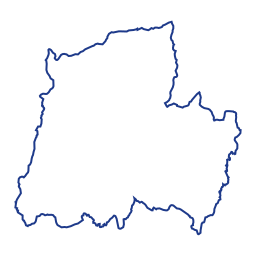 outline of Ankazoabo, Atsimo-Andrefana, Madagascar
{"feature_id": "10022922B67140219559440", "entity_name": "Ankazoabo", "entity_type": "district", "adm_level": 2, "iso_a3": "MDG", "parent_name": "Madagascar", "parent_adm1": "Atsimo-Andrefana", "projection": "equal_earth", "projection_center": [44.688, -22.132], "detail": "fine", "context": "isolated", "style": "outline", "palette": "blue", "viewbox_px": 256, "rotation_deg": 0, "n_neighbors": 0, "source": "geoboundaries", "source_scale": "gbopen_adm2", "svg_char_len": 5813}
<svg xmlns="http://www.w3.org/2000/svg" viewBox="0 0 256 256"><path d="M233.3,111.5L228.7,111.1L226.2,111.2L225.4,111.7L224.9,112.9L224.4,116.6L223.5,118.8L223.4,119.8L219.5,120.2L217.3,119.7L215.7,119.8L214.8,120.4L214.2,120.5L213.7,119.5L213.9,117.5L213.5,116.3L212.4,114.4L211.7,112.1L209.7,109.7L208.2,108.9L204.3,108.1L201.8,106.7L199.8,104.8L199.7,103.8L200.3,101.9L200.2,100.3L200.8,97.5L200.3,95.4L199.6,93.9L199.7,92.9L199.3,92.3L197.0,94.1L192.1,99.8L191.1,101.5L189.6,101.9L188.7,104.8L187.9,105.6L183.6,106.8L182.7,107.6L177.0,105.9L177.0,104.9L173.8,103.5L171.7,104.6L169.1,105.3L167.4,106.8L166.9,106.6L165.0,103.1L167.1,102.0L169.1,100.2L169.7,98.7L170.2,98.0L170.7,95.3L170.3,93.6L170.4,92.0L172.8,87.3L173.5,84.7L173.6,82.4L173.3,80.1L173.7,78.5L174.4,77.2L176.3,76.9L176.8,76.5L177.2,75.7L177.1,74.7L175.6,70.8L177.1,67.7L177.4,65.6L177.3,65.0L176.0,62.6L176.7,59.9L175.6,58.9L174.9,56.1L174.7,53.8L175.7,51.0L174.2,50.5L173.1,49.2L173.0,47.5L173.3,46.4L173.2,45.9L174.1,44.5L173.1,43.6L172.6,41.0L171.4,39.9L170.8,37.8L171.4,35.0L172.6,32.0L172.6,30.4L173.3,28.5L173.3,25.9L172.1,23.7L171.6,21.8L168.8,22.6L165.2,24.6L162.9,25.5L162.0,26.9L160.9,27.4L158.8,28.0L157.0,27.6L155.0,27.6L153.2,28.8L151.4,28.1L149.8,29.4L148.3,30.2L143.7,29.1L141.8,27.9L137.5,29.9L137.3,28.7L136.3,29.3L133.6,30.0L128.9,30.4L126.8,31.5L119.0,31.3L113.2,32.5L111.6,32.2L109.0,33.8L107.4,36.7L107.3,38.2L106.1,39.6L105.5,41.1L102.6,44.3L98.9,44.0L97.8,43.6L95.5,44.2L93.6,45.8L92.8,45.9L85.2,49.3L82.9,51.2L80.6,52.0L78.0,54.4L75.3,54.2L71.2,55.8L68.6,56.0L66.6,54.4L64.2,53.9L62.6,54.1L61.1,54.9L58.2,59.2L57.1,60.0L56.2,59.9L54.8,58.4L54.8,57.7L55.5,56.3L55.0,54.1L52.9,52.7L51.1,50.1L49.7,49.2L49.0,49.2L48.4,49.9L48.8,53.2L48.5,54.8L47.1,58.3L45.7,60.1L46.3,60.8L46.7,63.8L46.4,69.9L47.3,72.8L49.6,76.0L50.6,78.4L53.3,80.2L53.5,86.1L53.0,87.5L51.9,88.6L50.5,89.4L48.8,92.2L47.2,93.7L46.1,94.0L43.0,93.7L41.0,94.6L39.9,95.9L40.1,96.7L43.3,99.1L42.1,102.8L42.3,103.9L42.0,105.6L42.2,106.1L43.0,106.1L43.5,107.7L44.1,108.0L44.2,108.5L44.0,109.5L42.1,112.3L42.1,112.7L42.6,113.5L42.6,114.2L41.4,115.5L41.5,116.7L40.9,117.6L41.0,118.3L41.7,119.2L41.4,123.6L40.4,126.5L38.1,126.5L36.0,130.2L37.1,130.7L37.4,131.2L37.6,134.6L36.9,135.1L36.8,135.6L36.5,135.9L36.6,136.8L36.0,137.5L34.3,142.0L34.5,148.9L33.6,151.8L33.0,155.0L32.3,156.4L31.7,158.6L31.1,162.3L30.0,164.6L28.6,165.6L28.4,170.9L28.0,172.4L26.5,174.1L25.0,176.3L24.2,176.7L24.0,177.3L23.6,177.4L22.8,176.8L22.0,176.6L20.0,177.3L18.8,178.8L18.4,182.5L19.5,184.3L18.9,185.2L19.1,185.9L18.8,186.6L20.3,189.1L20.9,193.2L17.1,199.3L16.4,200.9L16.2,202.1L15.6,202.1L15.7,202.9L16.0,203.1L15.4,207.5L17.1,208.2L16.7,209.3L17.3,210.4L18.1,210.5L18.1,211.0L17.6,211.5L17.9,212.4L22.6,215.4L22.6,219.4L23.6,220.7L24.1,220.7L24.7,222.2L25.2,222.8L26.0,225.3L27.8,226.1L28.2,225.4L30.5,224.9L31.9,223.8L34.1,223.4L35.3,222.1L35.8,221.1L36.8,216.5L39.6,216.0L40.9,214.4L42.1,214.0L43.7,214.4L44.8,215.2L45.6,215.2L47.6,214.5L48.2,214.9L51.6,214.8L53.2,215.2L54.4,216.8L55.3,217.3L56.1,222.0L56.7,223.6L57.6,225.1L61.5,227.3L64.6,227.0L66.7,227.3L70.8,226.2L74.7,224.4L78.0,223.5L82.9,220.0L81.8,217.2L81.8,216.3L82.3,215.7L83.4,215.4L83.5,214.0L84.0,213.4L84.6,213.4L85.6,213.7L87.0,215.7L87.6,215.5L87.9,214.8L88.6,214.8L89.7,217.0L91.3,217.3L92.8,219.1L93.5,219.5L93.9,220.3L93.2,221.7L93.3,222.9L94.3,222.9L95.4,223.5L96.2,225.4L97.4,225.7L98.3,224.1L99.7,223.9L99.6,225.9L100.0,227.0L100.6,227.1L101.3,227.0L101.8,226.5L103.0,226.5L103.8,225.6L103.4,224.8L104.4,224.1L104.6,224.9L106.0,225.3L106.5,224.6L106.9,222.4L107.8,222.2L109.1,220.9L110.1,219.2L112.2,217.7L113.9,215.7L114.5,215.7L115.4,216.1L116.6,218.7L118.5,228.0L119.4,228.6L120.7,228.7L123.2,227.2L123.9,224.4L123.6,219.3L124.3,219.0L125.7,219.2L126.8,217.9L127.9,217.4L128.5,215.7L129.1,215.4L129.8,213.7L131.1,212.0L131.6,210.5L131.2,209.9L131.1,209.3L131.7,208.1L132.1,205.5L133.2,204.6L134.4,201.7L134.7,199.4L134.4,198.2L135.8,199.4L136.7,200.9L138.2,201.2L139.8,202.6L141.6,201.8L142.4,202.2L143.2,203.1L144.0,203.5L145.4,204.7L147.4,207.8L151.7,210.3L152.6,210.3L153.1,208.4L153.8,207.6L156.2,209.3L157.0,208.6L159.6,208.4L163.3,209.9L166.1,210.4L167.2,210.3L168.7,209.1L169.3,207.3L170.6,205.5L171.8,205.1L173.4,205.5L176.8,208.4L179.3,208.8L180.8,209.5L188.4,214.8L188.8,215.7L189.7,216.0L190.1,217.3L192.0,217.9L192.7,218.4L193.3,219.9L193.4,222.3L192.9,224.2L193.0,225.2L191.9,225.6L191.3,226.2L191.5,227.5L192.1,228.6L192.6,228.6L194.8,229.9L196.7,230.4L197.8,233.8L198.3,234.2L198.7,234.2L200.5,232.8L200.6,230.3L201.7,223.8L202.5,222.6L203.8,222.4L204.3,221.8L205.4,217.4L206.9,217.1L207.8,216.3L210.7,215.1L212.3,215.2L212.8,214.8L213.8,213.0L214.2,211.8L214.4,209.0L216.0,204.9L216.0,204.3L217.8,203.0L218.8,200.2L220.4,199.4L220.2,197.7L219.6,197.2L220.2,196.4L220.4,195.3L220.1,194.1L220.3,192.0L219.4,192.3L219.3,191.8L219.8,191.1L220.7,191.0L221.2,190.3L221.4,189.6L221.0,189.1L222.0,187.0L222.5,187.0L222.8,186.6L223.1,185.8L223.1,184.3L224.1,185.2L224.8,184.8L225.0,185.0L225.2,184.5L226.0,184.6L227.7,183.4L228.2,182.5L228.0,181.3L228.3,180.9L228.2,180.0L228.4,179.4L228.0,178.1L228.6,177.4L227.7,176.5L225.4,171.3L225.8,171.0L226.3,171.7L227.1,171.0L226.9,169.2L226.6,168.8L227.3,165.8L226.4,166.0L226.0,165.6L227.1,164.0L227.3,161.5L227.1,159.8L228.0,159.3L228.9,159.5L229.4,160.0L229.9,159.8L230.0,159.3L229.9,158.0L228.8,157.1L229.0,155.0L229.2,154.5L230.4,153.6L231.4,151.9L232.0,152.0L232.9,153.8L234.3,153.3L234.9,154.1L235.3,153.9L235.6,150.9L237.3,148.5L237.4,144.8L237.1,143.6L234.8,140.3L234.7,139.3L235.3,137.5L236.7,137.0L238.9,135.0L240.4,133.1L240.6,130.1L239.6,130.0L238.9,128.2L237.6,127.6L236.6,123.0L236.0,122.1L235.8,120.8L236.2,117.2L236.0,115.2L236.2,114.2L236.0,113.1L234.8,112.1L233.6,111.9L233.3,111.5Z" fill="none" stroke="#1e3a8a" stroke-width="2"/></svg>